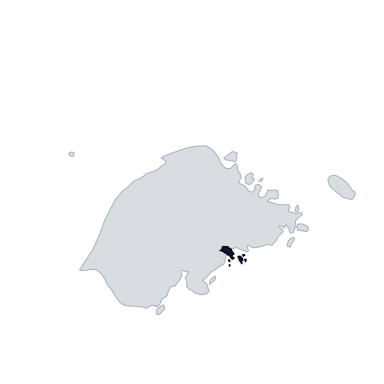 Gunsan-si, North Jeolla, South Korea shown in context, rotated 237°
{"feature_id": "91817680B51344731064077", "entity_name": "Gunsan-si", "entity_type": "district", "adm_level": 2, "iso_a3": "KOR", "parent_name": "South Korea", "parent_adm1": "North Jeolla", "projection": "natural_earth1", "projection_center": [126.551, 35.9], "detail": "fine", "context": "in_parent", "style": "filled", "palette": "ink", "viewbox_px": 384, "rotation_deg": 237, "n_neighbors": 0, "source": "geoboundaries", "source_scale": "gbopen_adm2", "svg_char_len": 5204}
<svg xmlns="http://www.w3.org/2000/svg" viewBox="0 0 384 384"><g transform="rotate(237 192 192)"><path d="M117.8,97.7L119.0,96.7L119.1,95.3L119.1,90.8L122.7,87.7L127.7,81.3L130.1,77.8L132.9,74.6L136.2,72.4L139.4,71.4L144.4,70.9L154.0,71.3L155.9,71.0L162.6,70.6L164.2,71.2L169.1,71.6L174.4,71.2L177.2,70.2L179.7,68.6L181.8,65.7L184.1,60.3L186.5,56.1L187.9,55.3L197.9,77.8L207.4,92.4L215.5,102.9L227.2,123.2L230.7,134.0L231.0,140.8L233.0,150.0L231.4,155.3L232.0,163.7L231.3,168.0L229.9,171.1L229.9,177.2L230.4,180.5L230.5,184.8L231.4,186.5L232.8,187.1L234.8,185.5L237.4,184.9L237.0,190.0L234.0,203.2L231.4,212.7L227.8,221.1L223.2,228.7L217.6,231.7L213.6,232.7L206.1,233.1L199.9,231.8L194.5,232.8L192.3,234.4L190.7,237.1L191.9,241.3L191.8,244.4L189.5,244.2L184.9,242.3L179.9,242.1L177.5,241.2L175.1,236.7L172.7,236.9L168.5,239.6L162.0,240.1L159.7,241.6L158.9,243.4L159.9,245.8L163.1,248.8L162.1,251.9L158.7,253.5L155.9,249.7L154.2,245.9L152.3,245.7L149.3,246.8L148.7,250.8L150.1,253.6L152.4,256.8L149.2,260.4L148.4,263.1L146.1,264.9L139.9,260.8L140.8,257.8L143.5,254.9L143.8,252.0L142.9,250.2L134.1,257.7L128.6,266.2L125.7,265.6L124.5,263.4L122.8,262.5L116.9,268.0L115.8,272.3L113.6,272.5L112.7,270.6L112.6,266.7L111.6,263.4L105.5,258.6L102.7,254.3L104.2,252.0L109.3,253.3L113.4,253.1L112.6,251.1L111.3,250.2L113.9,249.0L116.2,246.7L114.3,246.1L111.5,247.4L109.1,246.8L108.2,241.2L105.3,235.6L103.8,230.1L106.7,226.9L108.1,222.0L110.8,214.9L112.1,212.6L115.7,210.9L117.0,209.0L115.0,208.1L111.8,207.3L111.9,205.2L114.1,204.1L116.5,201.8L121.2,199.1L122.7,193.9L121.3,192.6L118.4,191.3L119.0,188.7L120.2,186.7L119.8,185.5L116.3,182.1L114.0,179.0L114.7,175.5L114.2,170.2L114.5,165.7L114.3,163.3L112.6,157.9L111.9,152.4L109.7,153.2L107.9,154.6L101.4,152.7L99.4,152.5L98.6,148.5L100.9,143.5L106.4,139.1L109.5,138.6L111.9,136.6L115.5,136.0L120.0,139.0L123.9,139.6L126.1,144.8L127.5,145.9L127.8,144.0L131.0,141.7L131.7,140.1L131.0,139.1L127.3,138.2L124.0,131.8L123.6,129.0L122.4,127.3L124.1,122.2L120.3,116.3L118.5,114.5L118.7,109.3L116.7,105.9L115.6,104.1L114.9,100.9L115.5,99.5L117.3,99.0L117.8,97.7ZM105.2,327.6L103.4,328.7L101.7,328.0L101.2,327.5L99.1,324.6L98.6,323.1L100.0,320.3L105.7,315.6L120.4,311.1L123.0,310.9L128.8,312.8L130.1,316.4L129.0,319.5L127.7,321.6L121.0,325.1L115.7,326.8L105.2,327.6ZM204.0,248.0L200.1,251.1L194.9,247.0L193.7,244.7L197.6,241.3L200.9,237.4L203.1,237.2L204.0,248.0ZM176.4,247.7L175.9,252.6L173.0,252.8L171.3,249.7L169.5,251.2L168.5,251.2L167.1,247.3L166.8,244.2L170.2,241.8L172.3,243.3L175.2,244.0L176.4,247.7ZM101.5,269.6L98.8,270.4L97.4,268.7L96.3,268.2L96.9,265.9L101.2,261.4L102.0,259.9L106.0,260.8L107.4,263.2L105.6,266.8L101.5,269.6ZM113.2,99.9L113.0,106.6L110.8,106.3L109.3,105.6L108.6,104.3L107.1,98.1L108.8,95.6L112.1,97.6L113.2,99.9ZM99.0,251.4L98.4,252.6L96.6,252.3L94.8,248.8L94.1,246.1L92.2,244.5L95.1,242.2L98.8,246.5L99.0,251.4ZM109.0,162.6L108.5,165.8L105.8,163.7L105.0,156.5L107.8,158.6L109.0,162.6ZM291.1,112.9L289.2,114.4L287.0,112.9L286.8,111.3L287.9,110.0L290.5,109.1L291.8,110.3L291.1,112.9ZM122.7,271.0L123.4,273.4L120.1,272.9L118.3,270.6L118.6,268.6L120.5,268.3L122.7,271.0ZM165.5,257.3L165.0,258.8L163.0,256.5L165.0,253.9L165.5,257.3Z" fill="#d9dde1" stroke="#a8b0b8" stroke-width="1"/><path d="M127.4,184.1L126.8,184.7L126.5,185.1L126.0,185.1L125.5,185.3L125.4,185.8L124.9,186.2L124.3,186.1L123.6,186.2L123.3,186.4L122.9,186.6L122.5,187.0L122.3,187.4L121.8,187.8L121.3,187.7L120.9,187.6L120.2,187.6L119.9,188.0L119.5,188.6L119.0,188.8L117.6,188.9L116.0,188.9L115.3,189.0L114.5,189.0L114.0,189.2L113.6,189.5L113.6,190.1L113.6,191.0L113.8,191.2L114.1,190.8L114.7,190.8L116.4,190.3L117.0,190.3L117.1,190.8L117.2,192.4L117.2,193.1L117.6,193.5L118.4,193.5L118.9,193.5L119.3,193.3L119.8,193.0L120.3,192.9L120.8,193.1L121.3,193.4L122.0,193.5L122.7,193.5L123.3,193.4L123.8,193.1L124.1,192.7L124.6,192.5L125.6,192.4L125.9,192.3L126.7,192.0L126.8,191.5L127.5,190.9L128.0,190.3L128.3,189.3L128.9,188.7L129.4,188.0L129.2,187.5L128.6,187.2L128.3,186.8L128.0,186.3L127.4,185.4L127.4,184.1ZM109.1,196.2L108.5,196.3L107.9,196.6L107.2,196.6L107.1,197.4L107.5,197.5L108.0,197.3L108.7,197.9L109.3,198.1L110.1,197.8L111.1,197.4L111.9,197.3L111.8,196.9L111.2,196.8L110.7,196.2L110.0,196.8L109.5,197.0L109.1,196.2ZM109.5,194.6L106.9,194.9L106.2,194.7L105.1,194.8L105.3,195.3L106.6,195.3L106.9,195.5L107.2,195.5L107.8,195.5L108.2,195.0L108.6,195.0L108.9,195.2L109.5,195.4L110.0,195.3L109.8,195.1L109.5,194.6ZM110.8,201.6L111.1,201.5L111.2,201.2L111.4,201.0L111.4,200.8L111.5,200.3L110.4,200.2L110.4,200.6L110.4,200.8L110.4,201.4L110.4,201.7L110.8,201.6ZM105.5,199.5L105.2,199.3L104.8,199.1L104.9,199.7L105.5,200.2L105.9,200.4L106.1,200.3L105.9,199.7L106.0,199.7L106.2,200.1L106.3,200.3L106.5,200.1L106.4,199.9L106.4,199.7L106.5,199.5L106.0,199.5L105.5,199.5ZM112.6,195.8L112.6,195.4L112.0,195.3L111.4,195.2L111.3,195.6L111.7,195.6L111.9,195.9L112.1,196.1L112.6,196.1L112.6,195.8ZM114.3,186.1L114.9,186.0L114.8,185.5L114.6,185.4L114.4,185.7L113.9,185.7L113.4,185.8L113.4,186.1L113.8,186.1L114.3,186.1ZM110.4,183.8L110.3,183.5L110.1,183.3L109.6,183.2L109.6,183.5L109.8,183.7L109.9,183.8L110.2,184.0L110.4,183.8Z" fill="#0f172a" stroke="#020617" stroke-width="1.5"/></g></svg>